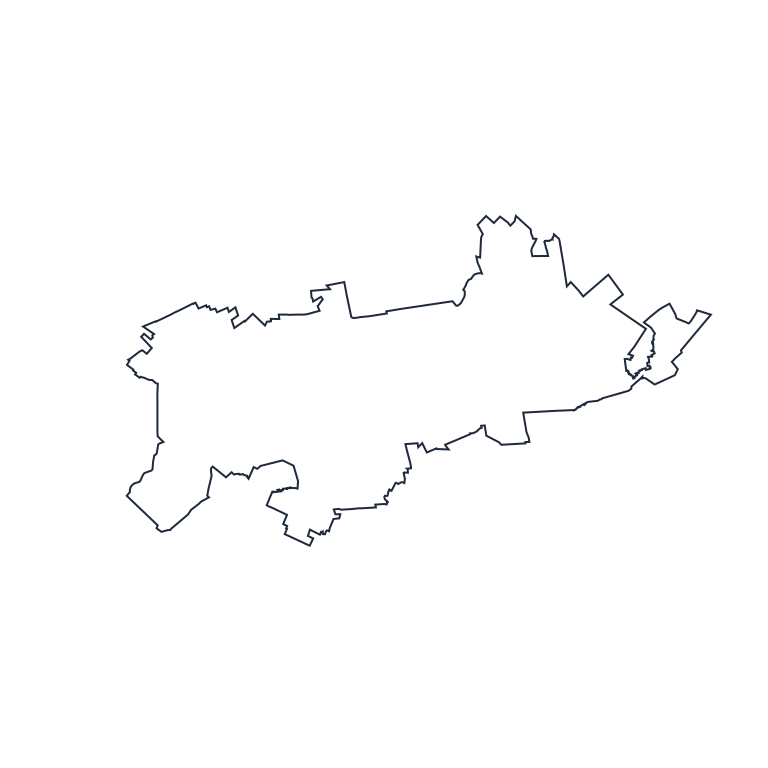 Salto de Agua, Chiapas, Mexico (Natural Earth projection), rotated 307°
{"feature_id": "50627088B63649052199970", "entity_name": "Salto de Agua", "entity_type": "district", "adm_level": 2, "iso_a3": "MEX", "parent_name": "Mexico", "parent_adm1": "Chiapas", "projection": "natural_earth1", "projection_center": [-92.162, 17.435], "detail": "fine", "context": "isolated", "style": "outline", "palette": "slate", "viewbox_px": 768, "rotation_deg": 307, "n_neighbors": 0, "source": "geoboundaries", "source_scale": "gbopen_adm2", "svg_char_len": 6154}
<svg xmlns="http://www.w3.org/2000/svg" viewBox="0 0 768 768"><g transform="rotate(307 384 384)"><path d="M615.0,574.8L620.0,563.7L612.2,560.2L608.7,558.9L598.8,556.4L589.6,554.5L589.7,563.3L587.3,570.1L586.6,570.0L584.7,570.4L581.9,572.1L581.9,572.8L579.0,572.7L578.6,573.5L578.0,573.5L577.8,574.4L578.5,574.4L577.9,575.0L577.5,574.6L575.8,577.0L573.6,578.2L571.5,577.6L571.6,578.5L572.5,579.9L571.4,581.7L568.1,580.3L567.7,581.6L567.2,581.6L564.6,578.5L563.2,580.6L560.9,582.8L559.4,581.4L557.0,583.6L558.4,585.0L557.2,586.1L557.8,586.7L557.2,587.3L556.6,586.7L556.0,587.2L552.8,584.6L554.1,583.4L550.8,581.0L550.3,581.5L548.8,580.0L548.2,580.6L547.3,579.8L546.0,580.8L545.4,580.2L545.3,579.6L544.7,578.9L544.3,578.8L544.9,579.6L544.1,580.3L543.8,580.0L543.3,580.7L542.6,580.0L541.5,580.4L539.9,579.9L539.3,580.5L539.0,580.3L539.5,579.7L538.9,579.5L539.6,579.0L539.2,578.8L539.8,578.2L539.4,578.0L540.1,576.3L539.6,575.7L540.1,575.2L539.6,574.5L539.9,574.1L539.3,573.5L540.5,572.4L540.0,572.2L540.4,571.6L540.9,571.9L541.3,571.1L541.0,570.7L541.3,570.4L540.3,569.6L548.8,561.2L550.5,563.2L551.2,565.6L551.6,566.4L553.7,565.3L554.1,566.3L556.4,565.8L555.0,561.3L564.0,561.5L585.7,560.0L583.8,516.9L599.2,521.0L606.3,497.4L573.8,490.4L575.8,483.1L577.8,471.8L572.0,471.3L586.2,456.8L603.9,438.1L605.3,436.2L605.8,430.2L605.0,430.8L604.5,430.6L604.6,430.3L604.1,430.6L602.5,430.6L602.2,430.9L601.8,430.8L601.1,431.4L601.1,431.1L600.5,431.1L599.1,430.4L597.9,430.1L597.8,429.5L596.8,428.8L596.3,427.6L595.6,426.9L595.2,426.5L594.7,426.9L594.0,426.5L592.1,429.2L590.1,431.5L588.7,433.7L585.0,438.0L575.4,425.5L578.6,421.9L579.9,420.9L582.7,420.1L589.6,419.0L591.6,418.3L589.7,415.5L590.6,414.5L593.1,410.4L595.3,408.7L595.8,407.6L597.6,388.2L592.4,390.4L586.5,389.6L587.5,385.6L587.5,375.9L578.7,374.9L579.6,364.4L567.4,363.0L563.2,372.7L560.3,373.1L558.2,374.2L542.8,384.7L541.4,381.0L537.2,385.8L536.0,387.8L535.6,388.8L531.1,395.7L530.6,394.3L529.0,392.5L525.9,390.3L523.3,390.1L520.4,390.3L518.3,389.0L517.5,388.9L513.7,389.3L512.7,389.8L508.6,390.5L507.0,390.5L506.7,392.5L504.2,394.6L502.0,395.7L495.0,396.7L492.5,396.3L491.0,395.8L490.0,394.6L491.3,388.9L454.0,352.2L443.4,342.1L442.0,343.8L429.0,331.2L423.8,325.5L418.4,320.2L417.7,317.7L432.1,301.2L441.5,290.9L428.2,279.0L427.2,283.8L414.5,269.7L409.5,274.0L409.4,275.3L407.2,277.8L415.7,281.2L414.8,284.1L406.2,284.2L403.7,288.5L393.6,280.7L391.3,278.4L386.8,272.4L381.9,266.3L380.9,264.5L376.1,258.2L372.9,261.3L367.9,254.4L366.2,256.0L365.1,255.2L364.7,254.4L363.2,253.0L359.1,253.8L361.1,237.0L350.2,235.3L350.4,234.6L338.6,230.8L343.4,223.8L350.9,226.3L355.8,219.2L348.2,216.8L350.7,213.1L340.8,207.5L342.7,203.9L338.8,200.9L340.8,197.5L338.7,196.3L339.8,194.6L332.7,190.5L335.5,184.5L333.2,183.5L333.3,183.0L318.8,175.8L315.2,173.8L311.2,172.0L296.6,164.4L296.8,164.0L284.9,157.0L285.5,170.3L283.4,169.7L281.9,171.5L279.2,170.9L279.7,162.1L275.6,161.7L273.0,176.9L265.4,176.4L265.5,170.6L262.6,169.2L251.7,166.2L249.4,165.1L249.4,166.8L244.7,167.2L244.5,167.4L244.7,175.1L243.8,175.4L243.8,179.4L241.9,179.4L241.9,185.0L243.4,185.3L243.5,186.1L244.6,188.6L245.6,193.0L246.4,194.8L247.7,196.5L247.4,201.5L248.1,203.2L240.6,208.3L229.5,216.7L209.6,231.7L206.0,234.8L204.9,242.7L201.2,240.4L199.8,240.1L191.7,244.3L189.3,243.9L188.8,243.5L182.7,246.5L176.6,250.4L175.8,250.5L174.7,250.2L168.8,246.3L168.1,246.2L166.0,246.3L160.8,247.5L159.5,247.6L158.5,247.5L154.8,244.7L152.7,243.9L151.5,243.7L149.2,243.7L146.4,244.8L144.7,246.1L139.9,245.8L134.9,288.3L131.9,289.2L132.0,295.2L137.2,299.3L138.8,301.2L140.1,301.1L161.9,306.0L167.5,305.7L176.3,308.1L180.5,308.9L188.1,312.4L188.4,310.1L194.3,307.1L206.9,301.6L210.3,298.2L212.2,296.9L213.2,296.7L215.0,296.9L214.4,314.0L221.8,315.4L221.4,318.6L224.2,321.1L225.1,322.5L224.7,322.8L224.9,323.4L227.3,325.9L227.0,326.5L228.2,329.7L227.6,330.0L228.0,331.0L227.4,331.5L227.2,331.3L226.8,332.9L239.2,329.9L240.0,333.8L244.4,334.8L262.0,349.0L264.3,361.0L254.7,373.8L248.4,377.9L247.6,375.9L246.2,374.1L244.9,371.3L244.4,371.8L242.6,369.2L241.9,369.8L240.9,368.2L241.0,368.0L239.5,366.3L238.6,367.1L237.2,365.6L236.5,366.6L235.4,365.4L236.6,363.8L235.3,362.6L234.2,364.2L233.4,363.4L233.7,363.2L230.9,360.8L231.5,360.6L230.8,359.6L216.6,363.3L216.8,365.1L217.9,369.5L221.1,385.3L211.5,387.8L212.3,392.1L209.8,392.8L210.0,393.6L204.4,395.1L210.1,422.0L218.0,420.4L216.9,414.7L223.1,412.5L225.1,423.5L228.2,422.7L228.4,423.0L227.9,423.5L228.0,423.9L229.1,424.0L227.3,425.4L228.5,427.3L230.6,426.5L232.7,426.5L233.4,428.8L235.9,427.5L245.8,424.9L249.8,429.1L253.7,427.5L250.7,423.6L253.6,419.4L257.0,423.0L257.9,425.5L264.9,433.7L269.4,438.5L270.4,439.9L280.5,451.8L282.4,449.6L288.4,456.5L289.4,458.6L290.8,458.1L291.1,457.7L291.8,458.2L292.0,458.1L292.2,457.7L292.3,455.0L292.6,454.0L293.4,452.8L294.3,452.1L295.3,452.0L295.9,453.1L296.8,454.0L299.9,452.8L300.6,452.2L301.8,452.5L302.5,451.7L303.0,451.7L303.2,454.3L311.6,452.8L312.1,453.2L312.5,453.2L312.7,455.6L315.2,456.5L316.1,457.2L316.6,457.8L317.1,459.9L320.8,457.8L323.9,454.2L324.4,454.0L324.8,453.2L325.5,453.4L327.5,456.5L330.3,454.2L330.3,453.4L332.9,456.3L334.4,455.1L336.9,452.3L345.3,441.6L348.9,437.3L356.9,446.5L354.1,449.4L359.8,450.1L355.1,459.4L364.1,464.6L363.7,465.1L370.6,475.0L371.9,469.8L372.3,469.4L395.7,483.0L396.3,482.4L398.4,484.8L401.6,486.5L406.7,487.4L407.6,488.4L409.1,486.7L411.5,489.4L404.3,496.8L406.7,511.1L406.0,514.2L421.7,532.7L422.7,531.8L425.3,535.0L428.4,531.6L431.3,526.8L444.9,512.4L465.6,536.9L477.6,551.5L477.4,551.7L479.1,552.5L479.2,552.3L479.7,552.6L480.7,552.4L483.0,553.9L483.0,553.2L484.4,554.2L487.6,555.3L487.6,556.3L488.5,556.1L488.6,556.7L489.1,556.6L489.2,556.3L489.9,556.6L489.6,556.9L490.5,557.0L490.5,556.7L492.3,557.5L499.3,564.9L501.6,565.7L502.2,566.5L502.9,566.9L503.9,566.9L525.9,583.5L529.1,584.3L530.9,583.1L542.2,585.5L545.5,585.9L544.1,587.1L544.9,587.5L546.0,589.4L546.5,600.5L566.1,611.0L572.7,609.7L574.9,600.6L579.5,601.1L588.3,602.9L589.5,600.9L636.1,603.3L631.2,589.7L629.2,590.4L620.3,591.2L617.3,591.2L615.6,590.8L615.1,588.0L612.5,578.5L612.9,577.4L615.0,574.8Z" fill="none" stroke="#1e293b" stroke-width="2"/></g></svg>